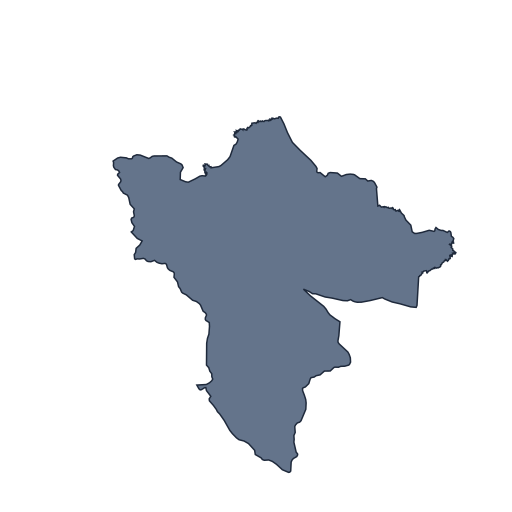 Nong Hin, Loei, Thailand, rotated 312°
{"feature_id": "78962969B75467334486203", "entity_name": "Nong Hin", "entity_type": "district", "adm_level": 2, "iso_a3": "THA", "parent_name": "Thailand", "parent_adm1": "Loei", "projection": "natural_earth1", "projection_center": [101.862, 17.087], "detail": "fine", "context": "isolated", "style": "filled", "palette": "slate", "viewbox_px": 512, "rotation_deg": 312, "n_neighbors": 0, "source": "geoboundaries", "source_scale": "gbopen_adm2", "svg_char_len": 6152}
<svg xmlns="http://www.w3.org/2000/svg" viewBox="0 0 512 512"><g transform="rotate(312 256 256)"><path d="M375.6,181.2L375.0,180.1L374.3,179.9L373.2,180.4L372.1,178.9L370.3,178.0L369.7,176.4L369.0,176.6L369.0,175.7L367.8,176.1L367.4,175.4L367.1,176.1L366.7,176.1L366.3,175.9L366.5,175.5L365.5,175.2L365.8,174.7L364.9,174.9L364.8,174.3L362.9,172.3L361.8,171.8L361.4,172.0L360.6,171.1L360.6,170.3L359.8,170.2L359.2,169.7L359.3,169.1L358.3,168.7L358.0,167.0L357.4,167.0L356.6,168.1L355.5,166.9L354.7,167.3L354.0,165.8L351.9,164.1L350.3,165.4L349.3,164.7L348.9,165.2L346.3,164.8L346.1,163.9L344.7,163.9L343.9,164.9L343.4,164.9L342.5,163.4L342.5,162.6L342.0,161.6L341.6,161.4L341.0,161.8L341.1,161.0L340.0,159.8L339.9,159.2L338.3,159.4L337.9,158.8L337.2,158.7L336.9,159.4L336.5,159.4L336.7,158.8L336.3,157.9L336.0,158.9L335.5,158.9L335.7,157.7L334.8,157.9L334.6,158.5L334.0,157.5L333.9,158.2L333.4,158.0L333.3,158.8L332.7,158.2L331.8,158.8L331.1,158.6L331.2,159.1L330.2,160.1L330.3,160.7L330.9,160.5L331.1,161.2L330.9,164.5L328.1,165.8L325.9,166.3L323.4,165.6L312.5,170.2L308.5,170.5L299.8,169.4L297.6,168.6L291.5,163.6L292.2,162.8L291.2,161.9L291.3,160.8L291.8,160.4L291.3,160.0L291.3,158.9L291.7,158.5L290.4,156.7L290.2,157.3L289.4,157.5L288.2,156.1L287.5,156.5L287.5,157.3L287.9,158.1L286.8,158.4L286.4,159.1L287.2,160.0L286.1,160.5L285.9,159.6L285.5,159.6L285.1,160.2L285.3,161.0L284.1,161.8L283.3,163.5L283.5,163.8L284.5,163.3L285.1,162.3L285.0,163.8L283.9,164.7L282.5,165.1L282.0,164.5L281.4,164.8L279.7,162.3L277.8,160.9L272.6,159.2L265.5,156.3L264.0,153.9L262.1,148.5L267.7,143.8L272.9,142.7L274.2,140.1L274.2,138.6L272.7,134.0L272.4,127.9L271.3,125.4L270.8,122.8L262.1,113.3L260.6,112.2L258.1,111.7L256.7,111.0L253.5,102.4L251.5,99.7L248.3,98.1L247.4,98.0L246.0,98.7L245.0,98.5L242.9,96.2L242.2,94.0L238.7,89.2L236.2,87.6L230.9,86.3L230.1,87.7L227.7,89.6L226.8,91.0L226.2,93.7L227.3,95.5L227.3,97.5L226.8,98.7L224.2,98.5L223.3,99.1L222.6,103.9L221.6,105.3L220.4,105.8L217.2,106.0L216.5,106.5L214.5,112.0L214.5,113.8L214.0,115.3L215.2,119.8L214.2,122.4L210.2,127.9L209.6,134.0L206.9,135.4L204.7,138.4L203.7,139.1L202.7,139.1L201.0,138.2L199.6,138.7L197.7,141.5L196.7,145.9L192.7,147.7L190.4,147.2L189.6,156.0L191.0,161.3L186.4,162.3L181.5,161.8L178.0,164.2L175.5,164.6L172.7,167.7L172.8,168.7L174.4,169.6L175.8,171.4L178.9,173.9L179.5,175.4L179.2,177.9L179.7,179.5L181.4,181.7L184.9,183.5L185.0,186.5L185.8,188.7L187.3,191.3L189.6,193.3L189.9,194.0L189.8,195.2L188.0,198.0L187.6,199.7L187.7,201.7L188.9,205.1L188.8,206.2L188.1,207.2L185.3,209.3L184.2,215.0L181.4,219.0L181.0,221.5L179.4,224.9L179.4,226.4L180.5,230.2L180.7,238.5L182.3,242.1L182.7,245.7L182.4,247.6L179.6,253.6L179.9,256.4L179.5,258.1L178.7,258.9L176.2,259.7L175.0,260.7L174.6,261.9L175.3,265.8L172.5,268.6L166.4,273.3L162.4,275.0L158.2,277.7L141.8,292.2L141.4,295.6L139.5,298.8L138.9,301.9L136.7,304.0L135.6,306.2L133.6,306.6L130.8,306.3L128.1,305.4L127.1,304.9L120.5,298.4L119.2,302.2L119.0,303.5L119.4,304.4L120.2,304.9L123.9,306.0L124.6,306.8L122.8,309.3L121.5,316.3L118.5,316.8L117.2,318.3L116.5,324.2L115.4,329.3L114.5,331.5L114.3,334.8L112.5,342.5L108.9,353.2L108.2,357.3L107.8,363.1L108.1,366.3L110.5,370.9L111.6,375.9L110.7,385.0L108.0,388.3L109.4,394.8L109.0,396.9L109.7,398.8L112.9,401.9L114.3,405.6L114.9,410.6L114.8,418.6L117.0,425.0L117.9,425.7L119.4,425.7L126.4,420.0L128.6,419.3L130.6,419.3L134.2,420.5L136.1,420.0L136.8,419.2L137.1,417.1L143.0,408.7L145.2,407.1L147.9,404.3L151.1,403.2L155.2,398.9L157.0,398.4L159.6,398.4L161.7,399.6L163.7,399.7L175.4,395.6L180.3,391.6L182.6,389.0L184.9,385.1L187.1,380.8L188.7,379.2L189.8,379.3L191.7,380.3L196.5,380.6L200.8,378.6L202.5,378.3L204.9,380.2L207.3,380.8L210.6,383.2L216.2,383.8L220.2,388.1L225.2,388.5L226.2,389.0L228.5,391.7L230.7,392.8L233.5,395.7L237.0,397.9L238.0,398.0L240.4,397.3L243.5,394.2L245.2,391.1L246.1,388.5L246.3,376.8L246.7,374.9L247.7,373.7L252.2,370.9L263.3,362.4L262.3,356.9L261.7,350.4L262.2,347.4L263.4,343.5L263.9,340.0L262.8,322.9L263.1,313.4L265.2,319.3L265.8,323.2L267.9,325.7L271.8,334.8L275.5,340.5L281.1,350.5L283.9,353.9L286.9,355.5L287.4,358.3L288.2,360.2L289.4,362.2L292.2,365.2L299.2,370.6L309.6,377.7L310.2,380.4L312.9,387.9L316.9,395.1L321.7,405.0L325.0,409.4L327.0,408.7L349.4,390.8L350.4,391.2L351.0,390.8L352.1,391.4L354.2,391.0L354.9,391.2L355.1,390.3L355.6,390.7L357.1,390.8L359.1,392.4L359.0,393.0L357.8,394.1L357.9,394.5L360.6,394.4L361.4,395.0L363.8,395.3L364.6,396.1L365.5,395.9L366.1,396.8L366.4,396.3L367.3,396.5L367.5,398.0L368.6,398.5L368.9,399.2L371.1,400.1L372.1,400.0L373.0,399.1L373.7,399.5L375.7,399.0L377.1,399.5L378.5,399.2L379.5,399.9L380.1,399.1L380.5,399.5L380.5,400.8L380.2,401.7L381.4,401.9L383.2,401.3L383.6,401.9L384.3,401.9L386.1,399.6L386.7,399.9L386.2,400.5L386.5,401.3L387.5,400.7L387.4,401.7L388.1,401.1L389.3,401.1L389.6,400.5L390.0,401.4L390.3,400.7L390.6,400.8L391.1,401.5L391.2,402.6L392.3,402.2L392.0,400.4L392.2,399.3L391.8,398.5L392.9,397.5L393.1,395.2L394.3,394.9L394.1,392.0L394.5,392.0L395.4,393.5L397.3,392.5L397.8,393.0L397.4,393.7L397.8,394.2L398.5,393.4L398.2,392.8L398.4,392.3L399.2,392.4L401.3,391.3L401.6,389.8L401.4,388.0L403.8,385.1L404.2,384.1L403.8,382.7L401.5,382.4L400.1,377.8L398.9,376.5L397.7,373.7L397.6,370.7L395.9,371.0L394.4,372.0L393.4,371.8L391.0,367.5L384.8,363.7L380.4,360.4L378.9,358.8L378.5,355.9L382.5,350.4L383.0,343.4L384.3,340.2L385.1,339.0L385.2,335.3L386.5,331.6L386.1,331.6L385.6,332.4L385.0,332.6L384.8,332.3L385.0,331.0L383.1,330.0L383.0,329.4L383.7,328.5L382.8,327.7L382.5,326.9L383.3,326.1L383.3,325.1L382.3,325.1L382.2,324.4L380.8,323.3L380.4,322.4L380.7,321.8L379.7,321.1L379.5,319.7L379.0,319.4L378.8,318.5L378.4,318.2L377.8,318.5L377.7,317.6L376.2,316.4L376.4,313.9L374.7,313.1L386.7,300.4L388.1,299.8L389.9,294.8L390.0,293.2L389.3,291.1L386.5,288.9L386.5,285.6L383.0,281.4L382.3,275.0L381.8,273.8L379.9,271.2L377.0,268.6L372.4,266.2L372.1,261.0L367.7,255.3L365.8,254.3L363.6,255.0L361.2,254.4L360.9,247.8L359.4,246.4L359.1,245.5L359.5,244.5L361.9,242.8L362.7,240.5L363.8,232.9L364.1,217.8L364.8,207.0L368.7,196.9L372.9,188.3L375.6,181.2Z" fill="#64748b" stroke="#1e293b" stroke-width="1.5"/></g></svg>